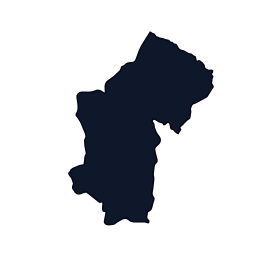 SVG path tracing the border of Hovd, rotated 205°
{"feature_id": "MNG-3320", "entity_name": "Hovd", "entity_type": "Province", "adm_level": 1, "iso_a3": "MNG", "parent_name": "Mongolia", "parent_adm1": "", "projection": "mercator", "projection_center": [92.143, 46.988], "detail": "fine", "context": "isolated", "style": "filled", "palette": "ink", "viewbox_px": 256, "rotation_deg": 205, "n_neighbors": 0, "source": "natural_earth", "source_scale": "10m", "svg_char_len": 3782}
<svg xmlns="http://www.w3.org/2000/svg" viewBox="0 0 256 256"><g transform="rotate(205 128 128)"><path d="M76.7,215.6L75.6,215.6L75.1,214.3L75.2,213.5L75.4,213.0L75.4,212.5L75.0,211.7L74.5,211.2L73.1,210.6L72.9,210.1L72.9,208.5L72.5,207.2L72.0,206.0L71.7,204.6L71.2,203.6L69.0,202.0L68.3,201.2L69.8,190.0L70.3,189.0L77.2,179.6L79.0,177.8L79.4,177.5L79.9,176.2L80.0,174.0L79.7,171.8L79.0,170.5L78.1,169.2L76.5,163.8L76.4,162.8L76.7,162.1L77.7,160.8L79.0,157.3L79.4,156.4L79.9,154.5L80.3,153.7L81.0,151.9L81.3,150.9L81.4,150.1L80.9,149.5L80.2,149.2L79.7,148.8L79.8,147.6L80.2,145.5L80.3,144.2L81.1,144.2L83.6,144.7L85.7,145.7L86.8,145.8L87.7,145.6L88.7,145.7L89.4,146.3L90.7,148.4L91.5,149.4L92.6,150.2L93.6,150.4L94.5,150.1L95.0,149.4L95.7,147.7L96.1,146.9L96.5,146.5L97.1,146.3L98.1,147.0L98.6,147.3L102.7,146.8L107.6,147.4L108.2,147.1L109.0,146.4L109.1,145.5L109.2,144.3L106.5,142.6L104.2,139.2L100.8,136.0L98.1,134.2L96.8,133.6L95.8,133.0L94.4,131.8L93.6,130.4L93.3,129.3L93.3,128.3L93.4,127.3L93.7,126.2L95.2,122.2L95.3,120.6L93.2,117.3L88.7,111.8L87.8,110.3L87.7,109.4L87.9,108.7L88.1,108.1L88.4,107.2L88.4,106.3L88.4,105.0L88.2,104.1L85.9,97.2L85.4,96.0L84.6,95.0L84.0,94.2L83.1,92.4L80.3,84.3L79.0,79.6L78.6,78.8L78.3,78.2L77.3,77.1L76.8,76.6L75.1,75.4L74.6,74.8L74.4,74.0L74.2,73.3L74.1,72.1L73.4,67.8L73.1,66.4L72.9,64.9L73.0,63.7L73.4,62.6L74.7,60.6L74.9,59.9L74.7,58.9L73.5,55.2L73.1,54.3L72.4,53.7L70.2,52.7L69.8,52.3L69.6,51.8L69.5,51.4L69.6,50.8L73.1,50.1L83.0,45.5L86.4,44.8L89.6,45.5L91.3,45.5L92.8,44.9L94.7,43.3L97.9,38.9L99.9,35.4L101.0,34.4L104.3,32.4L105.8,31.8L107.0,31.6L108.1,31.8L109.0,32.3L109.5,32.9L109.9,33.8L112.2,42.5L112.8,42.8L113.4,42.9L114.2,42.5L114.8,42.4L115.6,42.6L116.5,43.6L117.2,45.0L118.4,48.4L119.1,49.7L119.7,50.3L120.5,50.2L122.0,49.0L122.6,48.8L134.6,51.7L138.2,52.5L139.8,51.9L141.4,50.6L142.7,49.0L144.4,47.7L145.6,47.2L146.7,47.1L148.4,47.4L148.7,47.6L148.9,47.7L149.1,47.9L149.5,48.2L152.2,49.7L152.8,50.4L153.0,50.7L153.1,51.0L153.2,51.3L153.3,51.6L153.4,52.8L153.7,54.1L153.8,54.6L153.9,54.9L154.2,55.3L154.3,55.5L155.1,56.1L157.2,58.4L157.9,59.0L161.0,60.6L162.0,61.4L162.4,61.8L162.4,62.0L162.5,62.4L162.4,62.6L162.3,62.9L162.2,63.1L162.0,63.6L162.0,63.9L161.9,64.4L162.0,65.3L161.9,65.7L161.8,66.1L161.3,67.2L160.2,68.7L156.3,73.0L154.6,74.4L152.2,76.0L153.5,80.5L154.3,82.4L154.7,84.1L154.8,85.5L154.8,86.9L155.1,87.8L159.1,93.3L162.0,98.5L162.1,101.1L162.2,101.9L162.4,102.8L163.7,104.6L166.2,107.0L173.2,113.4L177.8,116.4L180.0,117.4L180.5,118.2L180.7,119.2L180.6,120.5L180.6,121.9L181.0,123.6L181.7,125.5L183.5,128.9L186.5,133.3L187.7,135.8L187.6,137.6L187.3,138.4L186.4,139.7L185.1,140.8L178.3,143.9L175.4,145.7L171.7,149.2L169.9,149.8L168.9,150.0L165.5,149.6L164.7,149.4L164.0,149.5L163.5,149.9L163.6,150.9L164.0,151.8L166.1,155.9L166.6,157.4L166.8,159.0L166.7,160.5L166.2,161.8L162.4,168.7L159.2,176.7L159.1,177.5L159.4,179.9L159.4,180.8L158.9,181.6L158.1,182.2L157.7,182.8L156.5,185.5L155.8,186.4L155.0,187.1L151.2,189.4L150.4,190.2L149.8,191.3L149.5,193.0L150.4,203.3L150.2,209.0L148.4,223.9L148.4,224.1L147.6,224.2L147.0,224.0L146.3,223.9L145.7,223.9L145.1,224.1L144.1,224.1L143.1,223.6L141.3,222.6L140.8,222.5L139.7,222.7L139.2,222.8L137.7,222.6L133.9,223.6L131.7,223.7L128.5,224.4L128.0,224.4L126.5,223.8L125.9,223.7L124.3,224.0L123.8,224.0L122.3,223.4L121.7,223.4L120.1,223.9L119.3,223.7L116.4,221.6L115.4,221.1L114.3,220.8L113.2,220.8L112.0,220.9L110.2,221.3L104.5,220.9L103.8,221.0L102.4,221.5L101.7,221.5L98.5,220.7L98.1,220.8L97.8,221.0L97.5,221.0L97.1,220.7L94.9,217.9L94.3,217.5L93.6,217.5L93.0,217.9L92.5,218.5L91.9,219.0L91.3,219.0L88.1,218.3L85.9,217.1L85.4,216.7L84.7,215.6L84.3,215.1L83.2,214.5L81.7,214.1L80.2,214.1L79.0,214.3L76.7,215.6Z" fill="#0f172a" stroke="#020617" stroke-width="1.5"/></g></svg>